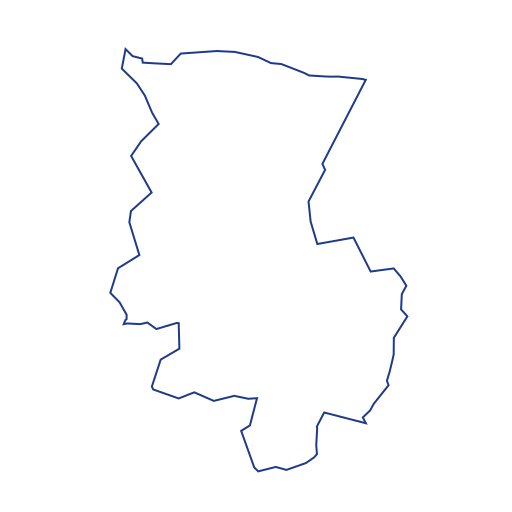 Obokun, Osun, Nigeria, rotated 266°
{"feature_id": "59680162B29331014496737", "entity_name": "Obokun", "entity_type": "district", "adm_level": 2, "iso_a3": "NGA", "parent_name": "Nigeria", "parent_adm1": "Osun", "projection": "mercator", "projection_center": [4.764, 7.778], "detail": "fine", "context": "isolated", "style": "outline", "palette": "blue", "viewbox_px": 512, "rotation_deg": 266, "n_neighbors": 0, "source": "geoboundaries", "source_scale": "gbopen_adm2", "svg_char_len": 1326}
<svg xmlns="http://www.w3.org/2000/svg" viewBox="0 0 512 512"><g transform="rotate(266 256 256)"><path d="M234.0,392.5L232.5,369.3L267.6,354.5L263.7,318.0L286.6,312.9L306.7,312.2L337.2,331.0L338.2,330.5L343.3,328.7L424.1,377.8L425.1,374.6L425.4,373.1L429.3,350.2L429.6,344.3L430.2,338.0L432.4,321.6L435.4,316.5L439.2,308.5L445.7,294.7L447.4,284.4L454.4,271.9L461.1,249.0L462.4,237.7L463.2,231.4L463.2,221.9L463.2,210.6L463.2,195.1L453.3,184.5L455.3,168.0L456.8,156.5L460.9,156.2L464.0,146.8L471.5,140.3L452.3,135.2L436.5,149.2L423.8,156.3L406.1,162.4L394.5,168.1L378.4,149.4L364.5,138.4L326.6,156.3L309.6,134.4L298.5,132.0L265.1,139.7L253.4,117.5L229.4,108.1L219.3,116.7L206.5,122.8L202.1,122.5L201.3,121.4L199.9,120.6L197.2,119.3L197.7,123.0L196.1,135.6L197.2,143.0L190.1,151.5L194.7,172.2L194.4,174.2L168.9,173.1L159.3,153.7L133.0,143.0L130.0,144.2L119.3,168.9L124.3,184.9L114.4,203.8L118.0,224.6L114.1,238.4L114.1,247.1L87.4,238.1L82.6,229.0L45.2,239.5L41.0,243.2L44.2,261.0L40.5,271.4L46.0,291.4L51.1,300.0L54.2,303.0L63.3,302.9L79.7,305.0L81.6,304.8L95.1,313.1L81.5,353.9L87.5,351.3L93.9,359.0L100.5,363.3L117.8,379.2L122.5,377.9L131.4,381.3L141.2,384.4L148.3,386.5L164.8,387.8L185.2,402.8L192.6,397.0L207.8,398.8L215.8,403.9L216.0,403.8L225.5,398.8L234.0,392.5Z" fill="none" stroke="#1e3a8a" stroke-width="2"/></g></svg>